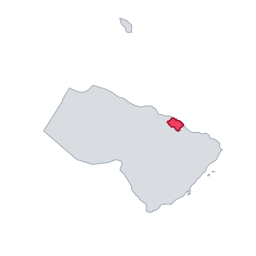 Ahwar, Abyan, Yemen (highlighted), rotated 231°
{"feature_id": "15242507B84026195338374", "entity_name": "Ahwar", "entity_type": "district", "adm_level": 2, "iso_a3": "YEM", "parent_name": "Yemen", "parent_adm1": "Abyan", "projection": "equal_earth", "projection_center": [46.668, 13.683], "detail": "fine", "context": "in_parent", "style": "filled", "palette": "rose", "viewbox_px": 256, "rotation_deg": 231, "n_neighbors": 0, "source": "geoboundaries", "source_scale": "gbopen_adm2", "svg_char_len": 4544}
<svg xmlns="http://www.w3.org/2000/svg" viewBox="0 0 256 256"><g transform="rotate(231 128 128)"><path d="M195.9,107.7L188.4,111.3L186.4,112.9L184.6,114.9L183.3,117.3L182.4,121.7L183.1,125.6L183.1,127.7L181.1,129.2L179.3,130.2L177.3,131.7L176.1,132.1L175.1,133.3L173.9,134.2L169.7,136.4L165.1,138.2L157.7,140.2L154.9,142.5L152.3,144.0L148.4,144.5L143.0,146.6L140.1,148.3L136.3,151.1L135.5,152.0L134.9,154.1L133.7,155.9L131.5,158.8L129.8,160.3L128.7,160.3L126.5,161.2L123.9,161.3L119.6,160.3L118.5,161.0L117.6,162.2L114.2,164.2L110.8,168.2L108.3,169.2L104.3,170.5L101.5,172.1L99.6,172.8L97.1,173.1L92.6,173.0L88.3,173.6L84.4,174.7L82.5,176.9L80.4,180.2L76.9,181.6L76.1,182.8L75.0,185.3L72.8,186.0L70.7,186.4L68.6,185.3L64.7,188.3L63.2,188.8L61.0,189.0L59.4,189.6L58.2,189.4L56.8,188.2L53.8,186.8L51.5,187.7L51.4,184.9L47.7,176.2L48.5,168.6L48.5,167.5L47.8,164.1L45.7,161.1L45.7,157.1L45.0,154.4L44.5,151.5L44.7,150.7L44.7,150.0L43.6,145.6L43.2,144.7L43.1,143.8L43.5,143.1L43.5,142.3L42.9,140.9L42.3,138.3L39.3,136.3L39.9,134.4L40.5,135.1L41.3,135.6L41.4,134.4L41.5,133.5L40.3,127.8L42.2,120.1L41.6,113.3L44.4,110.5L45.1,109.7L45.5,109.0L46.2,107.4L47.1,106.9L47.5,105.2L47.4,104.4L46.9,103.7L46.4,101.8L46.6,99.4L46.7,98.3L47.1,96.5L48.0,95.8L48.3,95.3L47.5,94.1L47.6,93.4L49.3,91.4L49.9,90.8L51.0,90.2L51.9,90.2L52.8,90.6L53.7,91.1L54.5,92.1L55.4,93.3L56.8,93.7L57.7,93.6L58.5,94.1L59.1,93.8L59.8,93.2L61.0,93.3L62.1,92.6L65.0,92.3L67.9,92.5L70.9,91.9L73.9,92.0L76.9,92.0L77.6,92.1L78.2,92.4L80.8,94.2L82.7,94.5L86.6,95.0L90.7,95.5L94.3,96.0L97.3,95.6L99.9,95.2L100.5,95.3L101.3,96.4L102.8,99.0L104.3,101.6L106.8,101.7L108.4,100.7L110.2,99.4L111.2,98.4L112.5,94.3L113.3,91.6L115.1,88.6L116.7,86.1L118.8,82.8L119.9,81.0L122.1,77.4L124.3,76.0L128.4,73.2L132.4,70.6L135.1,68.8L137.3,68.0L141.1,67.4L145.5,66.6L149.9,65.8L154.6,64.9L159.9,64.0L163.5,63.3L168.1,62.5L171.9,61.8L175.3,61.2L178.8,60.5L179.5,62.5L180.2,64.5L180.8,66.5L181.5,68.5L182.2,70.5L182.9,72.5L183.6,74.6L184.3,76.6L184.9,78.6L185.6,80.6L186.3,82.6L187.0,84.6L187.7,86.6L188.4,88.6L189.0,90.6L189.7,92.6L190.4,94.6L191.5,95.2L192.1,97.1L193.1,99.7L194.0,102.4L195.0,105.1L195.9,107.7ZM207.0,189.0L207.9,189.2L209.3,188.5L213.4,188.4L218.3,190.7L217.4,191.3L216.9,192.1L214.7,192.9L212.6,194.6L206.4,195.5L204.5,195.0L203.0,193.3L200.2,191.1L201.3,189.7L201.5,189.1L201.9,188.4L203.5,187.4L205.1,187.6L207.0,189.0ZM41.1,161.9L40.9,162.3L40.6,162.2L39.7,161.1L40.7,159.9L41.3,161.0L41.1,161.9ZM38.3,134.9L37.8,135.3L37.7,134.5L38.0,132.8L38.5,132.3L38.8,133.6L38.6,134.3L38.3,134.9ZM40.6,167.3L39.6,167.9L40.3,166.3L41.0,166.0L40.6,167.3Z" fill="#d9dde1" stroke="#a8b0b8" stroke-width="1"/><path d="M95.5,173.1L95.9,173.1L96.0,173.1L96.2,173.3L96.3,173.3L96.4,173.2L96.5,173.2L96.8,173.2L97.0,173.1L97.3,173.1L97.5,173.1L97.8,173.0L97.8,172.9L98.0,172.9L98.3,172.8L98.5,172.8L98.5,172.7L98.8,172.7L99.0,172.7L99.4,172.7L99.4,172.8L99.5,172.8L99.8,172.9L100.0,172.9L100.3,172.8L100.4,172.7L100.5,172.6L100.8,172.5L100.8,172.4L101.0,172.4L101.2,172.2L101.3,172.2L101.5,172.1L101.8,172.0L101.9,171.9L102.1,171.8L102.2,171.7L102.4,171.5L102.6,171.3L102.8,171.1L103.0,171.0L103.0,170.9L103.3,170.8L103.3,170.7L103.5,170.7L103.8,170.5L104.0,170.5L104.0,170.4L104.1,170.5L104.1,170.4L104.3,170.4L104.5,170.3L104.8,170.3L104.9,170.2L105.0,170.2L105.3,170.1L105.5,170.1L105.8,170.0L106.0,170.0L106.0,169.9L106.3,169.8L106.4,169.7L106.5,169.7L106.8,169.6L107.0,169.5L107.3,169.5L107.3,169.4L107.5,169.4L107.6,169.2L107.7,168.7L107.8,168.5L107.8,168.4L107.8,168.2L108.0,167.9L108.0,167.7L108.0,167.3L107.9,167.1L107.9,166.9L107.7,166.7L107.5,166.4L107.5,166.2L107.5,165.9L107.4,165.7L107.4,165.4L107.4,165.0L107.4,164.7L107.5,164.7L107.6,164.4L107.6,164.1L107.9,163.7L108.0,163.5L108.1,163.4L108.1,163.2L108.0,162.9L107.9,162.8L107.8,162.6L107.8,162.4L107.7,162.3L107.7,162.2L105.3,162.2L104.5,162.2L103.9,162.2L103.4,162.3L102.7,162.4L101.7,162.4L101.3,162.5L101.1,162.7L101.0,163.1L100.6,163.8L100.3,164.1L100.0,164.3L99.3,164.5L97.3,164.4L96.4,164.3L96.3,164.2L96.2,164.2L95.9,164.2L95.8,164.3L95.7,164.3L95.4,164.4L95.4,164.5L95.2,164.6L94.9,164.7L94.8,164.8L94.7,164.8L94.4,164.8L94.2,164.9L94.0,165.4L93.8,166.7L93.8,166.8L94.0,166.8L94.3,166.9L94.3,167.0L94.5,167.1L94.6,167.3L94.7,167.5L94.8,167.6L94.9,167.8L95.0,168.0L95.1,168.3L95.1,168.9L95.2,169.6L95.2,169.9L95.1,170.4L95.0,170.7L95.0,171.0L95.0,171.3L95.0,171.5L95.0,171.8L95.1,172.0L95.2,172.3L95.2,172.5L95.3,172.6L95.3,172.8L95.4,173.0L95.5,173.1L95.5,173.1Z" fill="#f43f5e" stroke="#9f1239" stroke-width="1.5"/></g></svg>